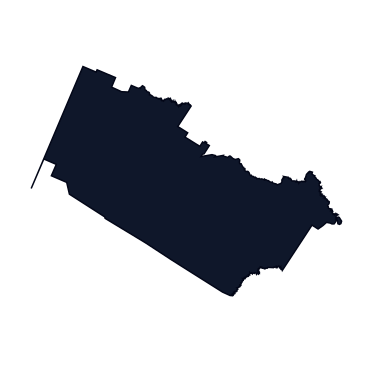 Vera, Santa Fe, Argentina (Mercator projection), rotated 293°
{"feature_id": "61730980B38020683731034", "entity_name": "Vera", "entity_type": "district", "adm_level": 2, "iso_a3": "ARG", "parent_name": "Argentina", "parent_adm1": "Santa Fe", "projection": "mercator", "projection_center": [-60.689, -29.083], "detail": "fine", "context": "isolated", "style": "filled", "palette": "ink", "viewbox_px": 384, "rotation_deg": 293, "n_neighbors": 0, "source": "geoboundaries", "source_scale": "gbopen_adm2", "svg_char_len": 6120}
<svg xmlns="http://www.w3.org/2000/svg" viewBox="0 0 384 384"><g transform="rotate(293 192 192)"><path d="M264.9,42.6L132.4,42.6L164.5,42.7L164.4,56.3L152.0,56.2L151.9,72.9L142.1,80.0L135.0,121.4L133.8,122.3L127.1,168.7L121.4,200.4L111.8,259.2L111.6,267.6L112.3,269.0L112.1,269.5L112.5,269.9L113.0,268.9L113.7,269.7L113.5,270.3L114.3,270.4L114.4,269.2L114.8,269.5L114.7,270.2L115.5,269.8L115.6,270.6L115.9,270.2L116.3,270.3L116.4,269.7L117.0,270.1L116.8,270.7L116.2,270.6L117.1,271.1L116.6,271.5L117.7,271.2L118.4,272.1L119.9,271.5L120.4,272.1L120.9,271.6L121.6,271.6L121.6,271.1L123.2,272.8L123.7,272.4L124.3,272.9L125.2,272.3L125.3,272.7L124.7,273.3L125.3,273.5L126.3,272.9L127.3,273.0L127.6,272.5L128.2,273.2L129.1,273.2L129.5,272.8L130.5,273.0L130.3,273.4L130.6,273.7L131.3,273.3L132.1,273.8L132.3,272.9L132.8,274.3L133.8,273.5L134.2,274.1L133.4,274.3L133.5,274.7L134.6,274.9L135.4,275.6L135.8,275.3L136.4,276.8L137.5,277.0L137.8,276.5L138.2,277.4L138.7,276.8L139.8,277.3L140.4,276.9L140.1,278.0L140.8,278.4L140.2,279.6L141.1,279.7L141.4,280.5L141.9,280.7L141.6,281.4L142.5,281.8L142.4,282.8L141.5,283.5L142.6,283.8L142.4,285.1L143.2,284.8L143.6,285.2L143.5,285.8L144.3,285.5L144.1,284.2L145.0,284.5L144.9,283.8L145.6,283.7L145.3,283.1L146.1,283.1L146.3,283.8L147.4,283.8L147.5,283.2L148.1,283.5L148.4,284.2L149.4,284.5L149.9,284.2L150.2,285.4L149.5,285.5L149.3,285.9L149.4,286.8L150.1,287.9L149.6,288.3L149.7,289.2L150.6,289.5L151.4,291.2L151.9,291.1L152.4,291.6L154.2,296.6L155.1,296.9L155.1,297.6L155.7,298.1L155.7,298.7L155.2,299.1L155.5,299.9L155.9,299.9L156.7,299.1L156.8,300.1L157.3,300.5L157.1,301.1L157.8,301.0L157.5,302.0L158.0,302.6L156.4,302.5L156.4,303.1L156.9,303.6L155.5,304.2L155.5,304.6L156.1,305.3L155.3,305.8L208.4,315.4L207.2,322.5L212.2,325.6L216.6,327.7L217.4,331.4L217.3,333.3L218.2,335.3L221.0,335.9L223.3,335.6L222.8,336.9L219.8,338.7L219.8,340.4L221.1,341.4L223.6,341.1L226.1,337.5L226.1,336.6L225.7,336.1L222.9,335.2L223.1,334.7L224.9,334.8L224.9,334.3L225.8,334.0L226.7,334.5L227.1,334.2L228.1,335.3L228.4,333.9L228.0,333.4L228.4,332.8L227.4,332.6L227.5,331.8L226.6,331.8L227.1,331.0L226.6,330.6L227.5,329.9L227.8,329.4L227.7,329.0L229.0,328.7L229.2,329.0L229.6,328.6L229.4,328.1L229.7,328.3L230.4,328.1L229.8,328.1L230.1,327.9L229.7,327.7L230.4,327.3L229.9,326.9L230.5,326.9L230.2,326.5L230.7,326.3L230.2,324.1L231.7,323.2L231.8,322.6L233.0,322.1L234.8,322.7L236.6,322.2L237.0,321.0L236.7,320.5L236.8,319.7L238.2,319.6L237.9,319.5L238.2,317.7L237.9,316.7L239.2,316.7L238.8,316.1L239.2,316.3L240.1,314.9L238.8,313.4L238.9,313.0L239.7,313.0L239.1,312.5L239.9,312.4L239.6,311.6L240.5,311.9L240.1,311.1L240.3,310.8L241.4,311.0L241.6,310.5L242.2,310.6L241.9,310.2L242.6,310.0L242.4,309.3L242.9,309.5L243.5,308.4L244.2,308.9L244.6,308.7L244.5,308.8L244.7,309.2L244.6,308.9L245.1,308.7L245.0,309.2L245.5,309.5L245.7,309.0L245.9,309.5L246.0,309.1L246.9,309.4L247.1,308.9L246.6,308.9L246.4,308.4L247.1,308.5L246.8,308.2L247.3,307.6L247.3,306.9L249.2,305.7L250.5,306.6L251.0,306.5L251.6,305.7L251.1,305.3L252.2,303.3L252.4,301.7L253.7,300.0L253.6,299.5L254.5,298.6L255.0,298.6L254.8,297.7L255.5,295.3L257.3,295.1L257.0,292.3L256.1,291.9L255.3,292.0L255.1,291.8L255.5,291.4L252.9,290.5L249.5,290.9L248.4,290.6L248.1,291.1L247.6,290.9L247.0,291.8L246.1,292.1L246.2,292.4L245.7,292.3L245.3,290.2L244.8,290.1L245.0,289.8L244.6,288.4L243.0,287.6L242.8,287.1L243.0,286.9L242.3,286.8L242.7,286.6L242.9,285.6L242.5,285.5L242.7,284.8L242.3,284.4L242.8,284.1L242.5,284.1L242.5,283.3L241.9,283.3L242.2,281.9L241.3,280.0L241.4,279.2L242.4,278.3L242.1,277.9L242.9,277.1L242.2,276.2L242.7,276.0L242.4,275.5L242.9,275.0L242.6,274.9L243.0,274.4L242.1,270.3L241.7,270.9L241.5,270.5L241.6,270.9L240.9,271.0L240.8,270.5L240.1,270.8L240.1,270.3L238.2,270.0L236.7,270.8L234.7,270.6L231.9,267.6L232.3,266.3L231.9,263.9L232.0,262.4L232.5,261.9L232.1,261.7L231.8,260.6L232.2,260.3L231.9,260.4L231.8,259.9L232.3,257.9L232.0,257.1L232.2,255.1L231.5,254.4L232.2,253.7L230.9,253.0L231.5,253.1L231.3,251.0L230.8,250.5L230.4,248.6L230.6,248.5L229.4,246.5L230.0,246.3L230.2,244.9L229.9,244.5L230.3,244.4L229.8,243.5L230.3,242.6L229.9,242.2L230.2,240.5L229.9,240.2L230.3,240.0L230.0,239.8L230.6,238.3L231.7,237.4L232.3,236.7L232.2,236.1L232.7,235.8L232.8,235.3L231.9,233.4L232.3,232.4L233.8,231.7L233.4,231.4L233.9,231.2L233.8,230.7L234.8,230.0L234.7,229.1L237.2,226.2L236.8,224.8L238.1,223.9L239.3,223.8L240.3,223.2L240.8,221.7L238.8,219.1L238.8,216.6L240.0,213.3L239.7,212.4L237.8,211.4L237.3,206.2L237.8,206.3L233.0,199.0L234.7,199.3L234.2,195.8L228.1,186.4L230.8,186.8L231.9,188.2L241.5,189.8L242.1,185.9L243.3,186.1L243.6,184.3L242.0,184.0L242.2,182.2L237.1,181.4L239.8,164.1L244.8,164.9L246.7,153.3L270.8,157.6L271.8,155.8L271.4,156.1L271.3,155.0L271.9,154.9L272.4,154.1L271.5,154.2L272.1,153.3L271.5,152.1L271.6,150.9L271.5,151.4L270.9,151.3L270.9,151.0L270.5,151.2L270.5,150.7L269.7,150.5L270.1,149.0L269.6,148.9L269.8,148.4L269.4,148.3L269.4,148.0L268.8,148.1L269.2,147.7L267.9,147.1L267.9,147.7L267.3,147.3L267.4,147.7L266.8,147.7L267.1,146.7L265.7,146.5L266.5,146.0L266.1,145.9L266.4,145.5L265.9,145.3L266.4,144.6L266.0,144.2L266.1,143.6L267.2,143.4L267.0,143.0L268.2,142.6L268.4,142.1L268.0,142.2L267.8,141.8L268.8,140.9L268.1,140.9L268.4,140.0L267.9,140.6L268.0,139.8L267.6,140.0L267.6,139.6L266.9,139.7L267.5,139.4L267.1,138.7L268.0,138.7L267.1,138.2L267.6,137.9L268.0,138.1L267.5,137.4L268.5,137.3L268.5,136.4L269.5,135.7L268.5,135.4L269.1,134.7L268.3,134.2L268.8,134.3L269.1,133.4L268.2,133.4L267.7,132.0L266.6,131.4L266.7,130.8L264.7,130.4L265.1,129.7L264.6,129.4L264.8,128.6L264.4,128.9L264.2,128.2L264.7,127.7L265.4,127.8L266.1,127.1L265.7,126.8L265.9,126.3L265.1,125.8L265.3,125.5L264.7,124.9L265.0,124.6L264.5,123.8L264.9,123.0L264.6,122.7L265.1,122.1L264.1,119.7L264.8,118.2L265.2,115.8L264.9,114.9L266.3,114.3L266.9,113.6L267.0,112.8L266.6,111.8L267.6,110.1L267.6,109.2L268.0,108.6L269.9,107.5L270.5,105.0L269.2,104.2L267.3,104.0L267.5,103.3L266.4,102.0L266.4,94.5L259.2,94.4L256.8,88.0L257.1,77.0L267.4,76.9L267.4,56.9L264.9,56.9L264.9,42.6Z" fill="#0f172a" stroke="#020617" stroke-width="1.5"/></g></svg>